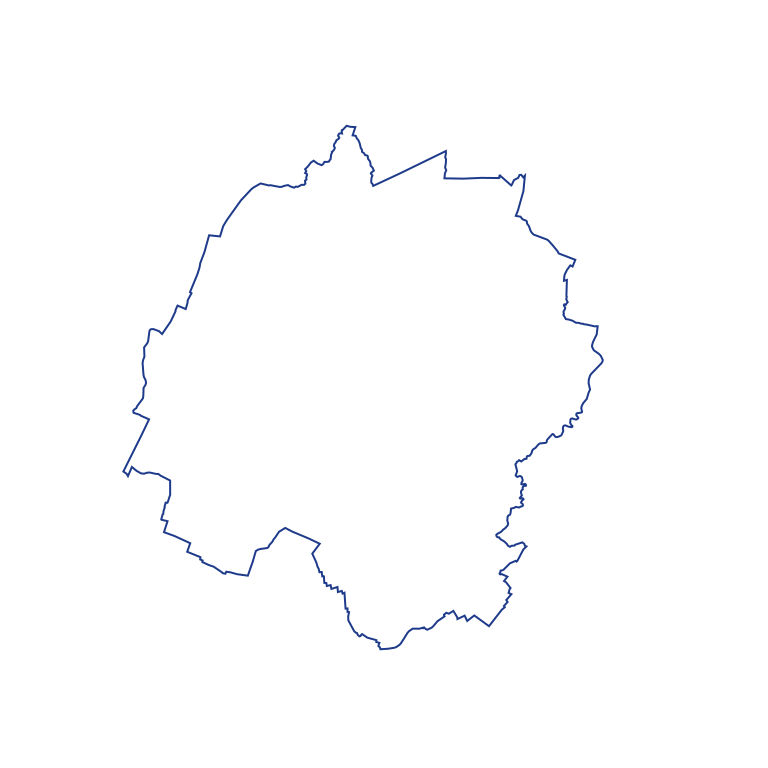 outline of Damnoen Saduak, Ratchaburi, Thailand, rotated 216°
{"feature_id": "78962969B9936317507075", "entity_name": "Damnoen Saduak", "entity_type": "district", "adm_level": 2, "iso_a3": "THA", "parent_name": "Thailand", "parent_adm1": "Ratchaburi", "projection": "robinson", "projection_center": [99.957, 13.565], "detail": "fine", "context": "isolated", "style": "outline", "palette": "blue", "viewbox_px": 768, "rotation_deg": 216, "n_neighbors": 0, "source": "geoboundaries", "source_scale": "gbopen_adm2", "svg_char_len": 6166}
<svg xmlns="http://www.w3.org/2000/svg" viewBox="0 0 768 768"><g transform="rotate(216 384 384)"><path d="M571.6,232.7L570.6,230.6L570.7,221.1L570.2,218.8L571.1,216.4L571.1,214.9L569.7,213.5L563.2,215.6L562.0,215.4L553.3,217.3L550.2,200.5L543.4,160.0L539.4,160.1L537.0,159.0L539.2,168.7L533.1,168.3L528.0,168.9L525.4,170.4L523.6,172.9L521.5,174.7L515.7,177.2L513.7,178.6L511.0,178.5L500.3,180.2L491.9,168.7L489.4,161.0L489.4,160.6L490.9,159.7L489.4,155.7L488.9,155.4L487.7,151.7L486.2,149.0L486.4,148.2L484.6,143.5L484.2,143.4L478.5,145.8L474.9,134.8L464.1,137.9L447.2,141.3L444.6,132.6L430.7,136.0L429.6,134.0L427.0,134.6L426.3,133.2L419.6,134.5L414.3,136.1L404.4,136.4L403.2,136.2L400.8,137.3L401.3,139.4L397.5,141.4L391.2,143.7L381.5,148.9L385.7,162.9L389.5,173.5L388.5,176.0L386.7,178.2L382.3,182.4L381.6,183.8L382.1,186.5L381.6,190.3L382.0,193.6L381.8,195.9L382.1,202.7L379.3,209.5L371.3,210.7L354.4,214.7L342.1,217.0L342.3,204.6L334.1,200.0L330.3,197.1L328.2,196.1L325.6,193.8L323.9,195.3L320.9,192.1L319.9,193.1L319.5,193.0L315.4,188.0L313.7,189.1L311.5,187.0L309.0,189.9L306.1,187.3L302.3,192.4L299.0,188.6L296.5,191.8L294.3,190.1L293.3,191.9L283.1,179.7L281.6,181.0L279.6,178.2L278.2,178.9L276.3,174.8L273.9,171.8L262.6,166.4L260.5,166.3L259.5,166.7L257.8,165.6L255.5,165.4L254.9,166.2L255.0,168.1L254.7,168.8L248.4,169.0L239.6,172.3L238.6,170.7L235.6,171.9L234.6,168.8L232.5,168.5L231.0,167.3L225.0,172.3L220.7,176.6L219.5,178.3L218.2,181.9L217.9,183.5L218.1,188.0L218.7,196.5L218.5,198.7L217.0,202.9L211.7,206.7L209.6,209.3L208.9,209.3L208.6,210.6L206.4,210.3L204.6,210.6L202.3,214.7L201.8,216.6L201.3,223.6L198.4,231.6L199.5,232.1L199.9,232.7L199.1,235.5L196.5,236.3L194.5,241.2L187.6,238.3L186.4,237.0L182.6,244.0L177.4,241.2L174.9,249.8L156.7,249.8L156.0,270.8L155.1,274.4L156.5,274.9L155.9,280.3L158.1,281.1L157.4,288.8L160.4,288.2L161.7,291.5L161.7,293.3L168.6,295.3L171.1,295.2L170.9,300.7L177.0,299.4L178.0,298.3L178.5,298.2L179.1,298.6L179.4,300.5L180.0,301.5L178.7,302.9L178.1,304.1L176.7,313.0L173.5,318.4L172.3,318.3L172.2,319.8L174.0,332.1L173.3,336.3L174.7,335.9L176.6,337.1L179.0,337.2L183.4,331.1L183.5,329.9L185.7,328.1L186.4,326.3L189.0,326.1L190.4,326.8L194.0,327.3L198.4,326.9L200.8,327.6L201.6,326.9L203.1,326.8L203.8,327.3L204.5,328.0L204.2,329.5L202.4,333.2L201.9,336.6L201.3,338.1L200.8,342.2L201.6,344.1L204.0,346.0L206.0,349.3L206.1,350.6L205.2,352.4L205.9,354.3L208.0,357.9L205.9,360.2L205.3,361.9L202.0,363.6L201.4,365.1L200.3,366.4L200.2,367.4L201.1,368.3L203.5,368.6L203.8,370.5L203.3,372.6L203.7,373.0L204.6,373.1L206.4,371.4L207.1,371.6L207.0,374.9L209.0,376.3L210.0,377.6L210.2,378.6L209.8,380.4L210.8,381.3L211.1,382.4L210.6,384.5L209.5,384.8L209.7,385.8L210.8,386.1L211.6,385.8L213.1,383.9L214.0,383.7L214.8,385.0L214.8,386.6L215.3,387.7L217.2,389.3L218.3,389.8L220.0,389.5L221.6,387.1L223.7,387.4L225.0,391.7L230.5,396.3L230.4,398.0L230.8,399.0L230.0,400.8L229.9,401.8L227.4,402.0L226.3,405.9L224.8,407.2L225.8,409.4L225.5,410.2L224.0,411.5L224.0,414.7L225.0,417.5L224.9,418.8L223.9,421.4L223.6,425.6L223.0,427.5L218.5,431.5L218.3,432.7L219.1,434.1L219.2,435.6L218.3,442.5L217.4,442.9L214.3,442.0L213.2,442.4L212.0,443.7L210.5,446.4L210.5,447.8L211.3,451.3L213.3,453.3L213.9,454.6L214.0,455.8L213.2,457.0L208.9,458.2L206.8,459.4L206.5,460.2L207.0,460.8L208.4,460.9L210.6,462.0L212.3,465.0L212.2,465.9L211.6,466.7L208.1,467.9L207.3,468.6L206.7,470.2L207.2,471.0L209.9,471.7L210.8,472.8L210.6,473.9L207.8,476.6L207.3,477.6L207.6,478.2L210.0,480.1L211.1,482.4L211.6,485.6L211.2,491.1L213.5,497.7L214.0,500.6L218.9,504.9L220.8,507.7L222.3,512.1L222.3,514.2L220.3,528.6L220.5,530.7L221.1,532.0L225.1,534.2L227.7,534.7L234.1,534.6L237.6,536.4L238.5,537.8L239.6,540.8L241.1,549.2L245.1,556.3L247.6,554.4L255.5,551.0L257.2,549.9L258.7,549.6L259.7,548.8L262.7,547.8L264.6,546.4L268.8,546.0L272.8,544.6L275.0,543.4L279.6,545.5L279.8,546.7L281.2,547.8L281.6,549.6L281.5,550.4L282.1,552.1L284.5,553.2L284.9,553.7L284.9,554.4L284.0,554.5L283.4,555.1L283.7,556.1L283.5,558.2L286.4,559.7L287.4,562.0L288.1,562.3L297.2,575.7L299.1,573.3L301.5,577.3L302.2,579.0L303.0,583.8L303.0,589.5L300.5,589.9L302.2,596.9L319.4,592.3L321.6,593.4L328.4,595.2L334.7,596.6L336.8,596.7L350.9,592.8L353.9,593.4L355.6,594.2L359.5,596.9L362.6,597.9L363.9,599.4L365.0,599.7L368.7,598.7L371.9,599.6L376.2,597.5L377.7,603.3L384.6,622.0L392.5,635.4L392.8,633.0L395.9,633.9L397.2,632.8L396.6,629.6L398.7,625.4L397.7,620.3L397.8,619.4L412.8,620.9L412.9,620.0L411.8,618.8L411.9,618.3L426.4,608.0L440.2,597.0L456.0,585.9L458.5,590.2L459.3,593.5L461.8,595.0L463.8,599.1L466.1,602.5L467.9,603.5L469.2,606.6L470.9,608.8L495.0,563.5L509.2,537.9L510.9,539.1L512.3,539.3L513.3,540.2L515.3,543.4L515.8,545.8L518.4,546.6L518.6,547.3L517.6,550.6L520.5,552.3L523.1,552.7L524.8,554.7L526.6,556.0L529.3,556.8L531.2,558.9L532.1,558.9L533.8,558.1L536.0,559.0L538.2,558.9L539.6,560.6L541.4,561.2L545.1,564.4L547.9,566.1L550.5,566.8L552.7,568.2L555.5,566.7L558.2,575.0L562.4,572.3L566.0,570.9L566.8,565.2L567.2,564.8L566.8,564.4L566.9,563.6L565.2,562.0L566.3,561.5L567.4,560.3L567.3,558.5L567.1,557.9L565.0,557.0L564.8,556.6L565.0,555.1L565.8,553.2L565.3,551.5L565.3,549.0L564.6,547.2L562.5,546.1L562.0,543.7L562.6,541.1L562.1,540.9L561.7,538.7L559.3,534.3L559.5,533.1L559.3,531.6L560.0,530.7L562.7,528.7L562.5,525.8L563.1,524.4L567.3,523.3L572.2,523.3L573.3,520.2L573.5,514.8L574.1,511.4L572.0,510.6L571.8,508.3L570.0,508.6L569.2,508.1L568.4,505.5L566.9,503.8L567.4,502.0L565.4,499.9L565.7,498.1L567.7,496.8L569.7,492.7L571.3,492.0L572.1,490.0L575.9,488.8L578.6,488.5L581.3,485.5L582.6,483.4L584.4,482.0L592.7,478.1L593.8,477.0L601.7,473.7L604.8,466.9L605.8,463.8L607.7,448.5L607.5,424.8L606.9,417.3L603.4,407.0L612.9,401.5L606.8,385.2L603.7,373.8L601.8,370.0L599.6,363.6L594.9,344.2L593.1,344.3L592.2,337.5L591.7,335.7L590.7,334.3L588.5,328.1L597.1,326.1L596.1,321.2L595.4,320.3L593.3,309.1L592.9,294.0L597.0,294.5L602.8,292.9L604.6,291.5L605.0,290.5L604.9,289.0L600.0,280.0L599.5,277.9L599.6,272.6L593.9,265.3L593.0,261.9L591.6,259.0L584.0,250.1L582.2,248.5L579.3,247.1L577.2,245.1L576.5,243.3L576.2,239.5L571.6,232.7Z" fill="none" stroke="#1e3a8a" stroke-width="2"/></g></svg>